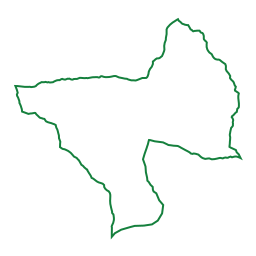 the district of Chang, Thimphu, Bhutan
{"feature_id": "84629894B66092782557801", "entity_name": "Chang", "entity_type": "district", "adm_level": 2, "iso_a3": "BTN", "parent_name": "Bhutan", "parent_adm1": "Thimphu", "projection": "mercator", "projection_center": [89.678, 27.44], "detail": "fine", "context": "isolated", "style": "outline", "palette": "green", "viewbox_px": 256, "rotation_deg": 0, "n_neighbors": 0, "source": "geoboundaries", "source_scale": "gbopen_adm2", "svg_char_len": 5324}
<svg xmlns="http://www.w3.org/2000/svg" viewBox="0 0 256 256"><path d="M178.0,19.2L176.9,19.8L174.0,21.7L172.7,22.5L170.1,24.6L167.4,27.6L167.2,28.1L166.6,29.4L166.6,31.9L166.6,34.1L165.9,37.9L165.8,40.0L164.7,42.9L164.2,45.9L164.4,49.7L164.1,51.0L162.8,54.4L162.6,54.7L162.3,55.5L162.0,56.1L161.2,56.7L160.4,57.4L159.4,58.1L158.1,58.4L156.9,58.4L155.5,59.3L154.0,60.7L152.9,61.5L152.9,64.0L151.8,66.7L150.0,69.0L148.8,71.6L148.4,74.2L147.6,76.4L147.1,77.2L146.3,77.9L144.9,78.0L142.3,78.0L139.5,79.1L137.5,79.9L135.7,80.5L133.1,80.3L131.2,80.3L128.3,79.5L126.9,78.8L124.7,78.6L122.4,78.1L118.9,77.4L116.0,76.1L115.0,76.0L113.7,76.1L111.0,76.7L109.2,77.0L107.3,77.1L105.3,77.1L103.9,76.9L101.8,76.2L100.6,76.4L99.6,77.4L98.6,77.5L97.2,77.1L94.0,77.2L92.3,77.3L90.1,77.7L87.5,78.2L86.6,78.0L86.1,78.0L85.4,78.1L83.7,78.1L81.2,77.9L79.6,77.9L77.1,78.9L73.9,79.0L72.7,79.6L71.2,79.5L70.4,79.1L69.2,78.6L68.4,78.8L67.6,78.7L66.6,79.1L66.0,79.3L65.2,79.6L64.1,79.5L63.5,79.3L62.9,79.2L62.3,78.9L61.4,79.1L60.9,79.4L59.7,80.1L58.2,80.1L56.6,80.4L54.3,81.4L53.0,82.2L52.2,82.3L50.2,82.5L49.3,82.4L48.5,82.1L47.5,82.4L47.0,82.3L45.6,81.9L44.8,82.1L43.9,82.2L43.1,82.2L42.5,82.2L41.7,82.1L40.3,82.8L38.5,83.7L36.8,85.0L35.8,86.1L34.3,86.7L32.0,87.0L31.0,87.1L30.0,86.8L27.7,86.9L25.1,86.9L17.9,86.1L15.4,86.0L16.2,88.1L16.9,89.9L17.7,92.8L16.9,94.4L17.1,95.8L18.1,97.6L18.7,99.3L19.3,100.9L19.5,103.2L20.0,104.0L20.9,106.2L21.3,107.6L21.8,109.1L22.1,111.6L24.4,112.4L27.9,113.7L28.4,113.9L30.4,113.5L31.9,113.4L33.5,113.1L34.6,112.9L35.0,112.9L35.4,113.0L36.3,114.3L38.1,116.0L39.7,117.6L41.2,118.1L42.1,118.3L42.7,118.6L44.4,118.9L45.5,120.6L46.0,121.3L47.4,122.0L48.2,122.3L50.3,122.9L51.2,123.1L52.2,123.5L53.9,124.1L54.5,124.3L54.9,124.6L55.7,125.0L56.2,127.2L56.4,127.8L57.3,129.5L57.8,131.2L58.3,133.3L58.9,135.4L59.0,138.2L59.2,138.7L60.3,141.7L60.1,143.8L60.0,147.1L62.1,148.6L63.0,149.0L64.3,149.2L65.4,149.6L68.1,150.9L69.5,151.9L70.8,152.9L72.5,154.8L74.0,156.6L76.6,157.9L77.4,158.8L77.9,159.4L78.3,159.8L78.8,160.2L79.0,160.6L79.6,161.5L81.4,164.8L82.8,165.7L83.6,166.5L84.3,167.4L85.2,168.1L85.8,168.7L87.2,169.6L87.2,170.1L88.0,171.4L89.0,173.1L89.7,174.1L90.7,175.7L91.2,176.8L91.6,177.9L92.3,178.2L93.2,178.6L95.9,180.7L96.8,181.4L97.5,181.8L98.7,182.4L100.7,183.0L102.7,183.7L103.2,184.2L104.1,185.0L104.2,187.0L105.2,188.7L106.9,190.3L108.7,191.3L109.8,192.9L110.1,194.0L110.3,194.9L110.3,196.6L110.2,199.2L110.2,199.7L110.1,200.6L110.3,203.9L110.8,206.2L111.1,207.7L111.2,208.1L111.6,209.7L111.9,210.8L112.1,211.6L112.1,212.8L112.3,213.2L112.6,213.6L113.4,214.4L113.6,215.6L113.8,217.2L113.9,218.0L113.9,219.9L113.2,222.9L112.8,223.7L112.3,224.8L111.7,226.3L111.7,226.8L111.9,227.4L111.8,233.1L111.8,236.8L114.9,233.2L121.2,229.7L130.1,227.1L134.7,225.9L143.9,225.6L152.0,224.4L157.8,220.6L162.1,213.4L163.2,205.0L159.2,200.3L156.3,193.3L153.6,191.5L152.9,189.8L152.7,186.9L150.5,184.8L148.7,181.9L147.4,180.7L147.1,177.7L145.9,172.3L145.5,166.5L144.2,162.7L143.0,159.3L144.6,153.9L146.7,147.9L146.9,147.2L147.4,145.7L147.8,144.6L148.3,142.6L148.6,141.3L149.0,140.0L150.2,140.1L154.7,141.3L160.9,142.1L163.1,142.4L165.6,143.6L166.7,144.1L168.4,145.0L170.9,145.3L173.6,145.7L176.8,145.9L177.8,146.0L178.9,146.5L180.2,147.2L181.0,147.7L182.5,148.5L184.7,149.7L186.2,150.5L187.4,151.1L189.7,152.4L190.8,153.5L192.6,153.9L193.7,153.5L195.7,153.8L198.4,154.6L200.2,156.3L201.5,157.4L203.0,158.2L205.2,158.9L207.9,158.5L209.2,158.4L211.8,159.3L214.5,159.1L217.0,158.6L219.4,158.0L220.4,157.9L221.8,158.2L222.8,158.4L224.1,157.8L225.7,157.5L227.0,157.8L228.0,157.7L228.9,157.2L230.6,156.6L232.0,157.3L233.3,156.9L235.2,156.5L236.9,156.6L239.4,157.5L240.6,158.1L239.8,156.5L239.5,155.9L239.1,155.1L238.9,154.5L238.5,154.1L237.7,153.3L237.0,152.6L236.6,152.1L236.3,151.3L236.2,150.8L236.0,150.2L235.7,149.9L235.1,149.7L234.3,149.3L233.2,148.8L232.2,148.3L231.0,147.8L229.5,146.9L229.5,146.3L229.6,145.4L229.7,144.6L229.8,143.7L229.8,142.9L229.9,142.2L229.9,141.3L230.0,140.6L230.1,139.7L230.1,138.9L230.2,138.1L230.2,137.4L230.1,136.6L229.9,135.9L229.8,134.9L229.9,133.9L230.1,133.1L230.2,132.3L230.3,131.6L230.5,130.9L230.6,130.2L230.8,129.4L231.0,128.6L231.2,127.8L231.8,127.2L232.3,126.6L232.9,125.7L232.9,125.0L232.9,124.4L233.0,123.6L232.8,122.8L232.8,122.3L232.9,121.6L233.1,120.7L233.2,120.1L233.0,119.4L232.6,118.4L231.7,117.1L232.3,115.9L233.2,115.4L235.6,112.7L236.8,111.9L237.3,108.9L238.7,107.5L238.9,106.1L238.9,103.5L238.3,98.1L238.3,95.9L238.8,93.4L238.3,92.8L235.0,90.6L234.9,89.7L235.4,88.4L235.8,86.7L234.8,85.5L234.1,83.5L233.7,82.3L232.6,80.9L231.7,80.2L230.2,78.4L230.0,77.9L230.1,77.1L230.2,76.0L228.9,73.7L228.4,73.1L226.6,71.0L225.8,69.2L225.9,67.2L225.9,65.9L225.3,64.1L222.1,61.9L219.8,60.0L218.8,59.6L217.3,59.6L215.4,59.1L214.2,58.2L213.1,56.9L212.3,55.4L211.8,54.3L210.4,53.2L209.5,52.6L209.0,52.0L208.1,50.8L207.3,49.4L207.0,48.2L206.6,46.9L206.7,46.1L206.6,44.7L206.8,42.5L206.0,41.4L205.2,40.8L204.5,40.0L203.9,39.2L203.8,38.4L203.8,36.0L203.3,34.3L202.9,33.6L202.4,33.0L201.0,32.6L200.3,31.9L199.9,31.1L199.5,30.7L198.3,30.7L196.8,30.7L195.6,30.9L194.7,30.9L193.2,31.3L192.4,30.7L191.8,30.0L190.6,29.4L189.7,27.7L188.7,26.0L188.2,25.1L187.2,25.1L184.9,24.7L184.0,24.3L182.4,23.8L181.7,23.3L181.0,22.5L180.1,21.7L178.7,20.7L178.0,19.2Z" fill="none" stroke="#15803d" stroke-width="2"/></svg>